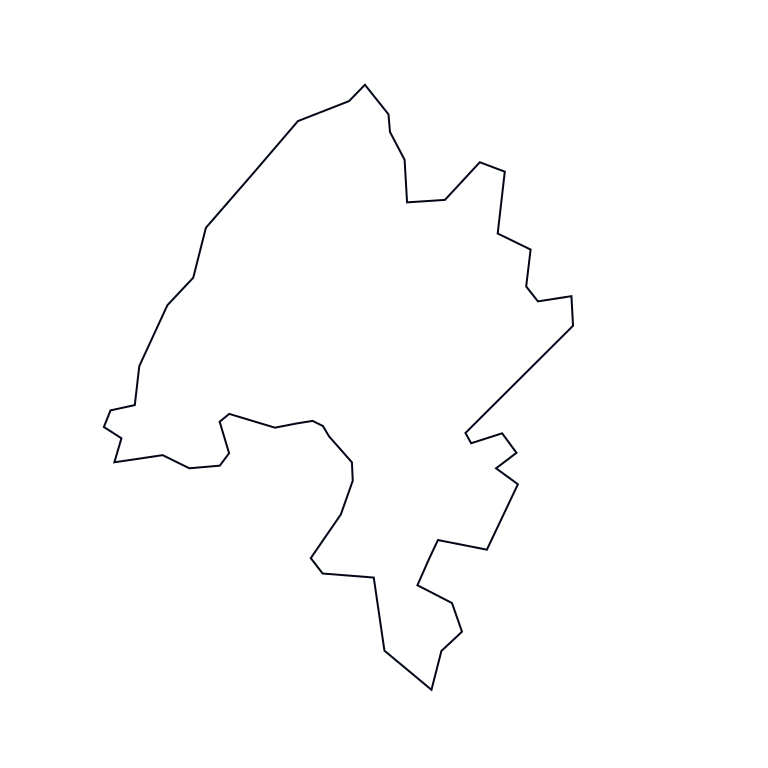 Andijan, Andijon, Uzbekistan, rotated 312°
{"feature_id": "79887680B74226906580742", "entity_name": "Andijan", "entity_type": "district", "adm_level": 2, "iso_a3": "UZB", "parent_name": "Uzbekistan", "parent_adm1": "Andijon", "projection": "robinson", "projection_center": [72.393, 40.799], "detail": "fine", "context": "isolated", "style": "outline", "palette": "ink", "viewbox_px": 768, "rotation_deg": 312, "n_neighbors": 0, "source": "geoboundaries", "source_scale": "gbopen_adm2", "svg_char_len": 874}
<svg xmlns="http://www.w3.org/2000/svg" viewBox="0 0 768 768"><g transform="rotate(312 384 384)"><path d="M593.6,169.6L570.8,168.7L521.8,144.1L454.0,145.8L380.9,147.1L335.4,171.1L297.6,170.3L233.5,190.2L201.6,212.9L181.4,198.4L164.6,204.6L168.0,225.2L145.4,236.0L183.0,267.1L191.1,295.7L213.4,316.6L228.9,315.2L246.0,287.1L258.2,289.0L278.6,332.2L296.0,345.3L308.8,355.6L311.9,366.7L308.3,378.3L304.3,412.6L291.2,425.5L258.2,439.2L205.6,446.1L202.1,465.2L233.3,505.9L186.1,562.8L188.5,623.9L224.0,605.3L252.1,607.7L266.7,581.1L256.8,543.5L284.6,534.4L304.1,528.5L329.7,571.3L399.1,550.6L396.3,523.7L421.5,528.5L426.4,504.8L398.3,488.4L402.1,477.3L553.8,485.5L574.7,464.5L548.4,443.1L551.6,424.4L582.0,403.0L571.9,367.8L622.6,331.7L612.9,306.8L561.6,306.1L534.4,279.6L564.4,249.3L575.3,219.8L587.4,206.9L593.6,169.6Z" fill="none" stroke="#020617" stroke-width="2"/></g></svg>